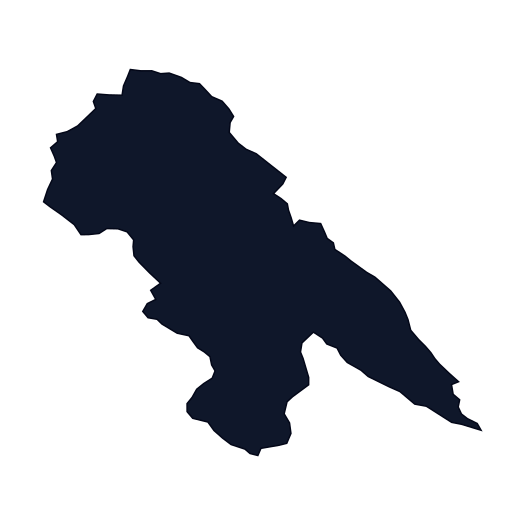 outline of Bom Sucesso de Itararé, São Paulo, Brazil, rotated 264°
{"feature_id": "56859067B48651649714430", "entity_name": "Bom Sucesso de Itararé", "entity_type": "district", "adm_level": 2, "iso_a3": "BRA", "parent_name": "Brazil", "parent_adm1": "São Paulo", "projection": "robinson", "projection_center": [-49.173, -24.325], "detail": "fine", "context": "isolated", "style": "filled", "palette": "ink", "viewbox_px": 512, "rotation_deg": 264, "n_neighbors": 0, "source": "geoboundaries", "source_scale": "gbopen_adm2", "svg_char_len": 1918}
<svg xmlns="http://www.w3.org/2000/svg" viewBox="0 0 512 512"><g transform="rotate(264 256 256)"><path d="M385.1,63.0L376.4,65.8L369.8,67.4L362.4,61.4L353.8,61.7L343.9,55.7L332.1,50.4L326.6,56.2L317.4,66.8L306.2,78.5L295.5,84.2L294.8,91.9L294.8,102.3L298.9,110.4L297.5,121.5L293.5,130.3L284.8,136.0L278.1,134.7L269.0,134.7L261.9,139.2L250.1,148.6L238.9,158.3L232.9,147.7L223.3,151.8L220.0,142.9L212.7,137.6L205.9,142.2L203.4,151.0L198.1,155.4L187.4,169.6L183.7,181.0L177.9,184.2L170.8,188.3L166.0,194.5L160.7,199.7L152.3,200.5L146.0,203.3L139.1,199.7L134.6,190.7L129.7,183.1L122.1,177.7L116.4,172.0L108.4,171.2L101.2,176.1L95.9,190.8L86.8,196.0L78.3,203.8L71.1,211.5L65.1,224.8L60.2,229.4L57.4,237.0L64.2,240.8L65.4,259.2L66.5,267.0L75.9,272.2L86.5,271.9L96.1,267.5L107.7,271.6L112.2,277.6L122.4,294.9L129.7,295.7L149.2,292.1L155.8,290.2L164.7,292.6L174.3,305.1L167.4,313.6L161.1,317.2L156.0,327.0L148.5,329.9L140.6,335.6L131.4,348.5L124.4,355.0L111.9,374.9L106.1,385.0L92.1,398.4L88.8,409.7L70.1,433.2L67.2,442.7L59.2,461.6L66.3,458.5L72.2,449.2L77.4,443.8L84.7,441.3L91.7,443.5L97.9,437.6L107.7,437.0L109.8,444.3L119.3,435.7L129.3,427.2L135.3,423.1L141.6,419.8L148.5,415.0L155.9,409.0L166.0,402.1L176.9,400.5L184.5,398.3L195.0,394.0L207.2,386.3L222.5,372.1L228.2,364.3L241.4,349.6L246.5,344.6L254.3,335.1L261.0,334.3L266.1,328.6L272.8,326.6L281.5,323.7L283.7,312.5L287.1,303.0L281.9,296.5L290.6,294.9L298.2,293.1L304.6,292.6L310.5,286.9L316.2,279.9L324.9,290.2L331.1,294.2L345.0,279.9L357.6,267.0L363.2,257.3L370.1,250.1L381.7,242.3L391.4,244.2L397.1,248.3L405.1,244.4L413.5,238.5L419.1,228.6L426.7,222.9L433.3,217.8L435.4,208.5L441.4,200.5L447.0,188.8L447.3,180.2L451.1,171.7L452.2,160.8L454.6,150.5L447.7,146.9L439.0,142.0L429.9,139.6L431.6,126.4L433.7,115.0L426.7,110.4L419.4,112.1L411.8,102.3L404.0,92.2L399.4,81.2L397.8,70.3L390.4,70.7L385.1,63.0Z" fill="#0f172a" stroke="#020617" stroke-width="1.5"/></g></svg>